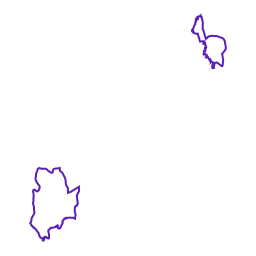 Zoquiapan, Puebla, Mexico
{"feature_id": "50627088B37911705580944", "entity_name": "Zoquiapan", "entity_type": "district", "adm_level": 2, "iso_a3": "MEX", "parent_name": "Mexico", "parent_adm1": "Puebla", "projection": "equal_earth", "projection_center": [-97.554, 20.058], "detail": "fine", "context": "isolated", "style": "outline", "palette": "violet", "viewbox_px": 256, "rotation_deg": 0, "n_neighbors": 0, "source": "geoboundaries", "source_scale": "gbopen_adm2", "svg_char_len": 5529}
<svg xmlns="http://www.w3.org/2000/svg" viewBox="0 0 256 256"><path d="M35.6,178.1L35.5,178.7L35.5,179.3L35.7,179.9L36.0,180.4L36.5,181.9L36.9,182.6L37.5,183.3L38.3,184.4L39.2,185.5L39.5,186.4L39.7,186.8L39.7,187.4L39.4,188.5L38.9,189.9L38.6,190.4L37.7,191.2L37.4,191.4L36.9,191.3L36.5,191.3L36.3,191.1L35.6,190.5L34.9,189.9L34.5,189.7L34.0,189.7L33.6,189.8L33.3,190.2L33.1,190.8L33.1,191.7L33.3,192.6L33.5,193.8L33.6,194.8L33.6,195.4L33.6,196.4L33.4,198.4L33.5,200.5L33.5,201.3L33.0,203.0L33.0,203.7L33.2,204.4L33.5,205.1L33.8,206.2L34.0,208.1L34.0,209.1L34.0,210.1L34.2,211.2L34.4,212.2L34.4,212.9L33.8,214.3L33.2,215.5L32.6,216.4L32.0,217.5L31.6,218.5L31.4,219.5L31.4,220.3L31.3,221.1L30.8,222.3L30.2,223.1L30.6,223.5L31.0,224.4L31.1,224.8L31.5,225.2L31.5,225.3L31.6,225.7L32.1,226.0L32.3,226.0L32.5,226.2L32.6,226.3L32.7,226.6L32.9,226.7L33.2,227.2L33.6,227.3L33.6,227.5L33.8,227.5L34.0,227.5L34.4,227.8L34.5,228.1L34.8,228.6L35.0,228.7L35.3,229.1L35.6,229.2L36.2,229.8L36.4,230.0L36.5,230.3L36.7,230.6L36.8,230.8L36.8,231.0L37.0,231.4L37.2,231.7L37.8,232.1L38.1,232.3L38.4,232.8L38.6,233.0L38.7,233.3L38.7,233.8L38.9,234.4L39.0,234.8L39.1,235.2L39.6,236.0L39.6,236.3L39.7,236.7L40.3,237.2L40.8,237.8L41.3,238.1L41.6,238.2L41.8,238.1L42.1,238.2L42.5,238.5L42.7,239.0L42.8,239.4L42.7,240.2L42.9,240.6L43.6,240.5L43.8,240.3L44.0,239.9L44.1,239.6L44.1,238.6L43.9,238.2L43.9,237.9L43.8,237.6L44.2,237.2L44.5,237.0L45.3,236.7L45.9,237.4L45.9,237.5L46.0,237.6L46.2,237.4L46.4,237.1L46.5,237.1L46.6,237.3L47.0,237.6L47.3,238.0L47.6,238.1L48.0,238.5L48.4,238.6L48.6,238.5L48.9,238.0L49.1,237.4L49.0,235.8L49.0,234.7L48.7,233.2L48.5,232.2L48.3,231.1L48.3,230.8L48.4,230.3L48.7,230.0L48.9,230.0L49.1,229.7L49.4,229.3L49.7,229.1L49.9,228.7L50.0,228.5L50.2,228.4L50.5,228.3L51.2,228.0L51.3,227.7L51.9,227.8L52.5,227.7L52.7,227.8L53.8,227.4L54.5,227.3L54.9,227.2L55.3,227.0L55.6,226.8L56.0,226.3L56.3,226.1L56.6,225.9L56.9,225.9L57.1,225.8L57.2,225.7L57.3,225.5L57.4,225.4L57.5,225.3L57.9,225.7L58.1,225.9L58.0,226.1L57.9,226.2L57.6,226.2L57.4,226.3L57.3,226.6L57.5,227.4L57.6,227.7L58.1,228.1L58.3,228.4L58.6,228.5L58.8,228.3L59.1,228.2L59.5,228.4L59.8,228.3L60.2,228.1L60.3,227.7L60.6,227.4L61.1,225.8L61.7,224.7L62.0,224.3L62.6,223.1L62.7,222.8L62.7,222.4L62.5,222.1L62.4,221.9L62.6,221.5L62.7,221.1L62.7,220.7L63.2,220.2L63.3,220.2L63.7,219.8L63.8,219.4L64.2,218.8L64.5,218.8L64.7,218.6L64.9,218.7L65.3,218.7L65.6,218.7L65.8,218.1L65.8,217.8L66.1,217.7L66.8,217.8L66.9,218.0L67.1,218.1L67.5,217.9L68.6,217.7L70.6,217.7L72.0,217.8L73.1,217.7L73.3,217.9L73.9,218.1L74.4,218.4L75.0,218.7L75.1,217.7L75.3,216.8L75.6,215.0L75.6,214.4L74.9,212.3L74.7,211.3L74.8,210.5L74.8,208.7L74.9,207.7L75.2,206.4L76.1,205.9L76.5,205.8L76.8,205.7L77.0,205.3L77.1,204.9L77.1,204.6L77.5,204.5L77.7,204.1L77.8,203.5L77.8,203.0L77.4,200.4L77.2,199.7L77.0,197.9L77.1,197.7L77.1,197.3L76.9,196.7L76.9,195.6L76.9,195.2L77.1,194.8L77.4,194.4L77.6,194.1L77.8,193.8L77.9,193.1L78.1,192.8L78.2,192.4L78.5,192.1L78.7,191.9L78.9,191.5L79.0,190.1L79.1,189.4L79.1,189.1L79.1,188.6L78.9,187.4L78.9,186.8L73.5,190.1L71.0,191.7L68.0,192.8L67.9,187.8L66.6,186.1L66.2,185.1L65.7,182.7L65.7,181.7L65.7,180.9L65.3,179.3L64.9,177.5L64.2,176.5L63.3,174.5L62.5,173.1L61.7,172.2L60.1,171.1L59.9,170.4L59.9,169.4L59.7,168.0L59.0,168.2L58.3,168.4L57.3,168.4L56.6,168.4L55.9,168.5L55.1,168.7L54.3,168.8L53.5,169.3L53.1,169.7L52.8,170.8L52.8,171.7L52.4,172.7L51.8,172.8L50.8,172.5L49.6,171.7L48.6,171.1L47.8,170.5L46.8,169.4L46.2,168.9L45.6,168.7L44.8,168.6L43.3,168.9L42.7,168.7L41.9,168.8L39.8,168.2L39.1,168.1L38.5,168.2L38.2,168.5L37.8,169.1L37.0,171.5L36.8,172.1L36.4,172.7L36.3,173.1L36.1,174.0L36.0,174.9L36.0,175.9L35.6,178.1ZM210.2,61.2L210.3,60.3L210.6,60.4L211.0,60.8L210.9,62.0L211.4,61.4L212.4,62.1L212.8,62.3L213.4,62.6L212.8,63.6L212.2,65.9L212.2,66.9L212.5,68.1L213.2,68.1L214.0,67.9L213.8,67.3L213.9,66.2L214.4,64.3L214.8,63.4L215.1,62.9L215.7,62.9L216.5,62.6L217.0,62.6L217.5,62.9L218.0,63.3L218.9,63.9L221.2,65.8L221.9,66.1L222.4,66.0L222.6,65.3L222.7,64.5L223.2,60.5L222.5,55.7L222.1,53.8L224.5,51.0L224.9,50.1L225.5,49.6L225.8,48.4L225.8,46.9L225.3,44.6L224.9,41.8L224.7,41.0L224.3,40.1L223.7,39.1L222.8,38.3L221.7,37.8L218.1,36.6L216.8,36.0L213.6,36.1L212.8,35.8L212.1,35.8L209.4,36.1L209.0,36.6L208.5,36.6L208.1,36.8L208.0,37.1L207.5,37.4L207.3,37.8L207.0,38.1L206.8,38.0L206.3,38.0L205.8,38.7L205.7,38.3L205.3,37.0L204.9,35.7L203.4,30.2L203.2,30.1L203.0,29.8L202.6,29.0L202.7,28.3L202.7,27.5L202.8,24.7L202.8,22.6L202.1,19.3L201.6,16.9L200.7,16.9L200.6,15.4L199.7,16.1L198.7,16.6L197.8,17.0L197.9,18.4L197.9,19.1L197.3,19.3L196.9,17.8L196.5,18.5L196.1,18.7L196.3,20.1L196.1,20.2L196.1,20.3L195.7,20.4L196.1,21.5L195.2,22.5L195.4,24.0L195.0,24.3L193.8,26.5L193.7,27.9L193.4,28.1L192.0,30.1L192.7,31.4L193.1,30.5L193.4,31.2L192.4,31.6L192.9,32.2L193.0,32.4L195.2,33.5L197.1,33.9L197.3,33.9L197.5,33.7L197.9,33.7L198.1,35.1L198.5,36.4L199.0,37.6L199.3,39.0L199.6,40.3L200.0,41.6L203.2,41.2L204.1,41.3L204.7,42.4L203.6,42.5L203.4,43.9L205.2,43.7L205.2,44.9L205.4,44.9L205.8,46.3L206.0,46.3L206.2,47.5L205.7,47.7L205.1,47.8L205.5,48.9L205.0,49.0L205.3,50.3L204.8,50.3L204.9,51.2L203.9,51.3L204.0,51.7L203.9,52.2L204.3,52.9L203.6,53.9L203.5,54.4L203.6,54.6L205.1,54.1L205.6,54.2L206.3,54.6L206.5,54.7L206.3,55.2L206.2,55.6L206.8,56.7L206.7,56.9L205.9,57.3L206.1,57.6L206.6,57.4L207.6,56.5L208.3,57.4L208.3,58.0L208.8,58.6L208.9,59.4L209.1,59.4L209.9,59.1L210.1,59.1L210.4,59.2L210.4,59.6L210.1,61.1L210.2,61.2Z" fill="none" stroke="#5b21b6" stroke-width="2"/></svg>